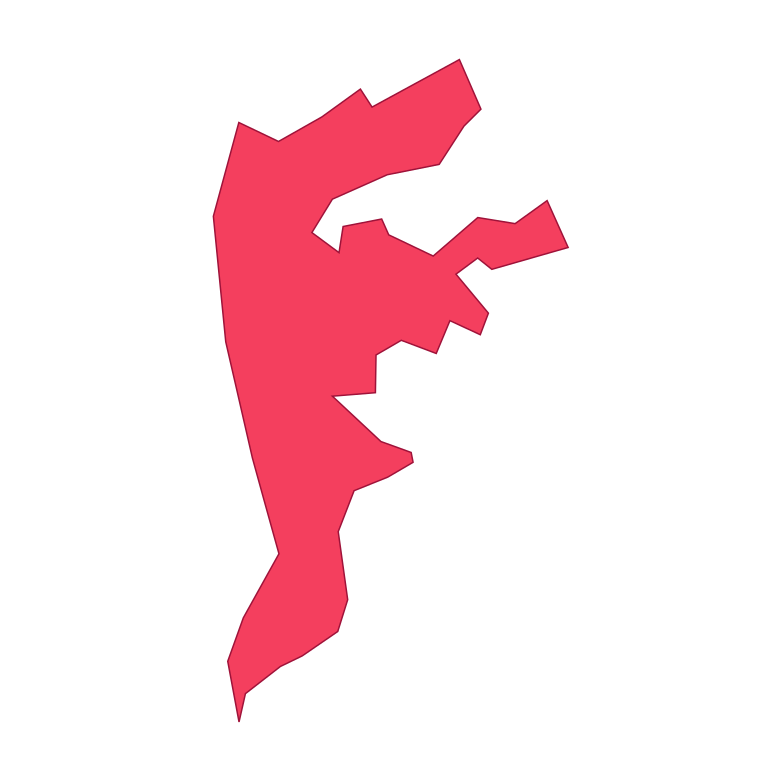 the state/province of Southern, rotated 259°
{"feature_id": "HKG-5156", "entity_name": "Southern", "entity_type": "state/province", "adm_level": 1, "iso_a3": "HKG", "parent_name": "Hong Kong S.A.R.", "parent_adm1": "", "projection": "natural_earth1", "projection_center": [114.195, 22.231], "detail": "fine", "context": "isolated", "style": "filled", "palette": "rose", "viewbox_px": 768, "rotation_deg": 259, "n_neighbors": 0, "source": "natural_earth", "source_scale": "10m", "svg_char_len": 806}
<svg xmlns="http://www.w3.org/2000/svg" viewBox="0 0 768 768"><g transform="rotate(259 384 384)"><path d="M668.4,291.4L642.2,326.7L658.0,373.9L678.0,417.1L658.1,425.1L688.1,519.9L635.3,531.6L621.9,511.7L589.1,480.1L588.8,427.1L575.3,368.6L546.4,342.1L521.5,364.9L546.4,373.9L546.4,413.2L529.5,417.1L500.2,456.7L529.5,507.8L516.4,543.3L532.9,579.1L482.9,590.8L476.0,511.7L489.8,500.0L478.1,475.6L433.6,500.0L414.0,487.9L433.6,460.8L404.0,441.1L423.6,409.3L414.0,381.7L377.1,373.9L381.9,331.0L328.1,370.0L311.6,397.6L301.6,397.6L291.9,370.0L285.0,334.3L247.8,310.9L179.2,307.2L149.9,291.4L132.7,251.8L126.5,228.4L106.5,188.9L79.9,177.2L141.6,177.7L181.3,201.3L237.4,248.5L291.4,244.2L336.6,240.7L402.8,238.5L455.6,236.7L581.2,248.5L668.4,291.4Z" fill="#f43f5e" stroke="#9f1239" stroke-width="1.5"/></g></svg>